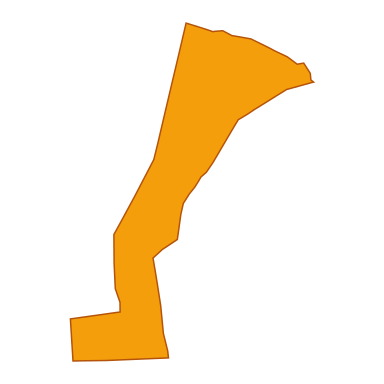 the district of Halac, Chardzhou, Turkmenistan
{"feature_id": "10190150B91732086642718", "entity_name": "Halac", "entity_type": "district", "adm_level": 2, "iso_a3": "TKM", "parent_name": "Turkmenistan", "parent_adm1": "Chardzhou", "projection": "mercator", "projection_center": [64.556, 37.553], "detail": "fine", "context": "isolated", "style": "filled", "palette": "amber", "viewbox_px": 384, "rotation_deg": 0, "n_neighbors": 0, "source": "geoboundaries", "source_scale": "gbopen_adm2", "svg_char_len": 1049}
<svg xmlns="http://www.w3.org/2000/svg" viewBox="0 0 384 384"><path d="M172.6,80.4L163.1,120.7L157.9,143.0L153.8,159.6L134.6,196.5L121.0,221.6L113.9,234.5L114.1,263.2L115.3,288.7L120.0,302.3L120.1,312.0L116.2,312.5L93.5,315.7L70.4,318.9L73.0,361.0L82.6,360.8L106.1,360.5L108.6,360.4L168.5,357.9L167.7,350.9L163.4,333.6L162.3,322.3L160.7,305.7L157.3,283.8L155.1,270.3L153.0,258.0L153.6,257.5L162.3,249.5L165.9,247.1L177.3,239.5L178.9,228.6L179.2,226.1L180.9,214.1L183.2,204.0L183.4,203.3L189.5,193.7L194.9,187.0L199.0,180.4L200.8,177.2L201.3,176.7L206.3,172.3L212.8,162.8L218.6,153.0L223.8,144.1L226.9,138.8L234.7,125.6L237.8,120.5L238.1,119.8L246.0,115.1L249.0,113.2L254.6,109.4L260.2,106.0L260.3,105.9L276.0,96.1L286.8,89.4L288.1,89.1L300.4,85.7L311.2,82.7L313.6,82.1L310.9,80.0L310.3,73.4L303.7,63.1L297.2,64.2L287.4,56.9L287.0,56.7L274.2,50.6L270.4,48.5L250.9,38.9L236.9,36.4L231.9,35.6L222.7,30.7L214.2,31.4L213.0,31.7L208.4,30.1L198.4,26.9L186.1,23.1L182.7,37.6L177.1,61.5L172.6,80.4Z" fill="#f59e0b" stroke="#b45309" stroke-width="1.5"/></svg>